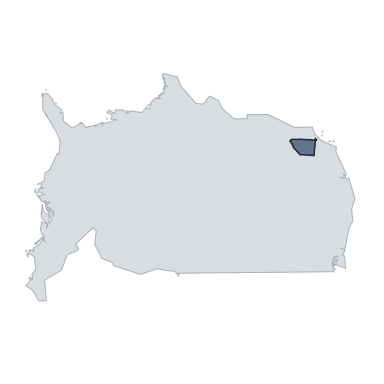 San Bernardino, California, United States of America shown in context, rotated 183°
{"feature_id": "52423323B23069932539838", "entity_name": "San Bernardino", "entity_type": "district", "adm_level": 2, "iso_a3": "USA", "parent_name": "United States of America", "parent_adm1": "California", "projection": "orthographic", "projection_center": [-115.127, 34.84], "detail": "fine", "context": "in_parent", "style": "filled", "palette": "slate", "viewbox_px": 384, "rotation_deg": 183, "n_neighbors": 0, "source": "geoboundaries", "source_scale": "gbopen_adm2", "svg_char_len": 5212}
<svg xmlns="http://www.w3.org/2000/svg" viewBox="0 0 384 384"><g transform="rotate(183 192 192)"><path d="M318.2,107.3L334.6,96.2L331.7,75.9L339.3,75.2L345.6,85.1L353.0,89.7L348.3,95.9L349.1,98.0L346.7,96.2L347.5,101.2L344.0,106.8L346.1,119.1L351.3,121.9L353.0,120.2L351.4,118.6L352.5,119.1L353.8,121.2L348.9,125.9L346.7,124.1L347.7,127.6L341.3,131.9L338.2,138.7L337.6,136.1L336.4,134.8L337.6,141.2L339.5,141.5L341.3,146.5L340.4,154.6L335.0,152.5L335.5,147.5L334.1,151.4L337.0,155.3L339.7,157.1L341.2,159.7L340.8,172.2L339.6,165.1L333.4,160.7L333.1,153.2L330.3,156.8L335.5,165.7L330.8,164.4L329.6,165.3L329.6,161.8L329.1,160.9L328.9,163.8L329.6,165.8L336.6,167.0L336.0,169.3L332.3,167.1L331.1,166.9L335.8,169.5L337.4,169.7L337.6,172.5L335.2,171.4L339.2,173.8L338.8,174.6L336.8,173.3L333.1,174.0L338.6,175.6L341.2,174.2L347.3,181.8L342.4,176.1L344.8,180.2L339.5,181.6L344.7,184.3L346.0,182.2L345.3,187.2L340.0,188.0L343.7,188.8L341.9,191.9L345.5,192.0L340.3,195.4L339.8,203.1L335.1,207.1L328.7,223.1L326.9,222.3L326.3,234.7L326.7,237.5L330.9,245.2L345.4,266.8L346.1,280.9L342.2,283.2L336.5,277.8L334.2,272.3L326.7,267.7L327.9,263.9L325.1,265.1L324.1,256.0L315.0,249.8L305.0,255.4L301.8,251.0L291.2,253.8L292.1,251.5L290.7,254.0L286.1,256.3L285.1,252.5L284.9,255.4L270.3,260.3L277.0,260.6L275.6,264.7L281.2,266.9L279.2,269.5L272.8,266.2L273.2,270.0L265.4,270.4L260.3,266.8L258.2,269.8L246.5,268.7L240.9,275.2L242.3,273.5L238.6,272.9L237.8,279.6L231.6,285.0L233.0,283.5L228.4,283.7L230.3,285.5L225.3,289.2L224.3,296.5L221.7,295.9L224.1,297.4L225.3,303.7L228.0,307.2L226.6,308.8L212.9,306.2L208.7,297.3L192.6,280.5L185.4,280.4L179.4,288.7L170.4,284.8L165.8,276.5L153.7,267.3L140.8,268.2L141.0,272.1L120.1,273.3L92.7,261.8L75.1,263.2L72.7,256.6L65.4,250.1L50.3,244.5L50.4,239.8L39.0,218.0L39.6,215.8L41.9,218.7L40.6,214.0L46.0,214.0L35.9,213.8L28.9,193.5L31.7,183.3L29.9,171.4L33.2,164.1L36.6,142.6L41.1,143.6L36.2,142.1L38.2,136.4L36.4,136.3L34.6,124.0L45.4,127.0L42.7,133.2L46.7,128.9L45.9,134.2L43.1,135.3L45.0,135.7L47.3,133.6L48.4,128.3L46.1,119.8L201.4,110.2L200.6,107.1L204.9,111.7L223.2,113.4L239.0,107.0L266.2,114.3L268.6,117.7L278.4,120.9L286.4,134.4L285.5,147.9L289.4,150.8L305.2,134.2L302.2,129.2L303.4,127.6L313.4,122.8L318.2,107.3ZM344.5,133.2L347.1,131.1L338.4,139.7L345.0,131.3L344.5,133.2ZM46.5,125.0L47.7,128.5L47.5,129.0L45.7,126.3L46.5,125.0ZM227.7,306.1L225.2,300.8L224.8,297.6L225.6,300.9L227.7,306.1ZM349.2,95.9L350.1,97.5L349.5,97.4L349.2,95.9ZM260.8,268.4L261.3,269.6L259.9,268.9L260.8,268.4ZM56.0,250.1L57.7,249.5L57.9,249.7L56.0,250.1ZM54.1,249.5L53.4,250.4L52.8,249.6L54.1,249.5ZM351.6,124.7L351.4,126.1L351.0,126.0L351.6,124.7ZM225.4,294.5L224.8,297.2L226.4,291.8L225.4,294.5ZM341.0,259.6L343.7,263.9L340.6,259.2L341.0,259.6ZM64.9,254.8L65.6,256.2L64.8,254.9L64.9,254.8ZM346.9,281.3L346.0,283.4L347.3,279.3L346.9,281.3ZM348.9,184.6L348.4,187.0L347.7,182.2L348.9,184.6ZM45.3,122.1L45.2,123.1L44.6,122.6L45.3,122.1ZM230.5,286.5L228.2,288.2L230.5,286.1L230.5,286.5ZM354.5,123.6L355.1,124.8L354.1,125.0L354.5,123.6ZM64.7,258.6L65.3,260.3L64.5,258.8L64.7,258.6ZM227.7,289.2L226.8,290.1L227.5,288.9L227.7,289.2ZM341.5,161.9L341.3,165.0L341.3,160.9L341.5,161.9ZM240.3,276.5L238.9,277.8L240.9,275.6L240.3,276.5ZM326.9,235.9L327.2,238.0L326.7,236.7L326.9,235.9ZM346.0,192.1L345.7,192.7L346.4,190.7L346.0,192.1ZM308.7,253.7L307.2,255.4L306.4,255.4L308.7,253.7ZM285.3,256.2L285.0,256.6L284.0,256.9L285.3,256.2ZM332.4,273.1L333.0,274.5L332.0,273.0L332.4,273.1ZM281.2,260.4L281.2,261.8L280.6,259.5L281.2,260.4ZM343.8,286.3L342.9,286.8L344.1,285.9L343.8,286.3ZM341.4,147.5L341.3,149.0L341.3,146.9L341.4,147.5ZM347.6,187.9L347.2,188.6L347.6,187.9Z" fill="#d9dde1" stroke="#a8b0b8" stroke-width="1"/><path d="M93.3,241.9L92.0,240.7L91.2,239.9L90.3,239.1L89.9,238.7L89.7,238.5L89.6,238.3L88.7,237.5L88.5,237.3L88.0,236.8L87.9,236.7L87.7,236.5L87.1,235.9L86.2,235.0L86.1,234.9L85.4,234.9L85.4,235.0L79.0,234.9L72.1,234.8L72.0,235.5L71.9,235.5L71.9,235.8L72.2,235.8L72.1,236.1L72.0,236.8L72.0,237.8L72.0,239.3L71.9,240.9L71.9,243.3L71.6,243.3L71.6,244.5L71.5,245.6L71.6,246.1L71.6,247.0L71.6,247.3L71.6,247.5L71.6,247.9L71.6,248.2L71.5,248.5L71.4,249.0L71.3,249.3L71.2,249.6L71.0,250.2L70.9,250.2L70.7,250.2L70.7,250.4L70.4,250.6L70.6,250.9L71.3,251.5L71.3,251.4L71.5,251.4L71.5,251.1L71.8,251.1L71.8,250.7L72.2,250.5L72.2,250.3L72.2,250.1L72.5,250.1L73.5,250.2L73.6,250.3L74.3,250.3L74.6,250.3L75.4,250.5L75.5,250.5L76.7,250.5L76.7,250.2L78.3,250.3L79.7,250.3L81.3,250.3L83.6,250.3L85.7,250.3L88.4,250.3L88.4,250.0L89.0,250.0L94.7,249.9L94.8,249.8L94.8,249.7L95.0,249.7L95.3,249.5L95.5,249.4L95.7,249.2L95.8,249.1L96.0,249.1L96.2,248.9L96.3,248.8L96.3,248.7L96.5,248.6L96.6,248.4L96.8,248.3L96.9,248.2L96.8,247.9L96.7,247.8L96.6,247.7L96.4,247.5L96.2,247.4L96.0,247.2L95.9,247.1L95.7,247.1L95.7,246.9L95.4,246.7L95.2,246.7L95.1,246.4L95.1,246.2L95.0,245.9L94.9,245.7L94.7,245.5L94.7,245.4L94.8,245.4L94.7,245.3L94.7,245.2L94.6,244.9L94.5,244.7L94.4,244.5L94.4,244.4L94.2,244.3L94.1,244.2L93.9,244.0L93.8,243.9L93.7,243.7L93.6,243.4L93.5,243.2L93.4,243.2L93.2,243.0L93.2,242.9L93.3,242.7L93.3,242.4L93.2,242.3L93.2,242.2L93.3,242.1L93.3,241.9Z" fill="#64748b" stroke="#1e293b" stroke-width="1.5"/></g></svg>